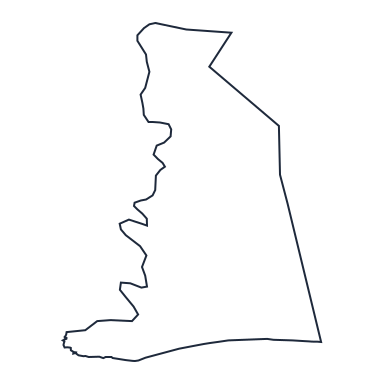 outline of La Paz, Colonia, Uruguay
{"feature_id": "84410073B4757199260074", "entity_name": "La Paz", "entity_type": "district", "adm_level": 2, "iso_a3": "URY", "parent_name": "Uruguay", "parent_adm1": "Colonia", "projection": "natural_earth1", "projection_center": [-57.32, -34.388], "detail": "fine", "context": "isolated", "style": "outline", "palette": "slate", "viewbox_px": 384, "rotation_deg": 0, "n_neighbors": 0, "source": "geoboundaries", "source_scale": "gbopen_adm2", "svg_char_len": 1556}
<svg xmlns="http://www.w3.org/2000/svg" viewBox="0 0 384 384"><path d="M231.4,32.7L186.3,29.5L155.3,23.0L149.4,24.3L144.0,28.1L137.4,35.3L137.4,40.8L146.0,54.5L146.8,61.8L149.4,71.8L145.2,87.9L140.6,94.6L142.4,102.9L143.4,108.6L143.8,114.9L148.5,122.0L152.7,122.0L160.0,122.5L168.6,124.2L171.2,129.4L170.6,136.4L164.1,142.6L156.7,145.6L153.6,154.6L158.0,159.1L162.6,162.9L164.9,166.7L160.4,169.9L155.9,175.6L155.2,190.1L152.6,195.4L146.1,199.5L140.8,200.5L134.6,202.7L134.0,206.0L137.3,209.3L142.4,213.7L146.8,218.7L147.0,225.6L141.9,223.8L128.9,219.6L119.7,223.7L120.9,229.4L125.8,235.2L140.1,246.2L146.4,255.5L142.0,267.0L145.2,275.7L147.0,286.6L141.4,287.6L130.3,283.3L120.9,282.6L119.9,289.8L125.5,296.8L133.6,306.6L138.1,314.5L132.0,321.1L110.6,320.1L97.2,321.1L85.3,330.2L66.6,332.1L66.2,334.5L65.3,336.4L64.7,336.7L64.7,337.5L65.5,337.6L66.5,338.0L66.4,338.8L64.5,339.6L62.9,340.4L64.0,341.1L64.4,341.6L63.9,343.1L63.5,345.0L64.6,347.5L67.4,347.3L70.1,347.6L70.8,347.9L70.8,349.1L70.9,350.3L73.5,351.9L73.3,353.6L74.6,353.2L74.7,352.2L76.1,352.4L75.8,353.3L78.5,355.3L83.4,356.2L85.5,356.0L88.7,357.0L99.3,356.7L102.1,357.7L103.3,358.1L104.2,357.7L105.6,357.0L111.5,357.0L112.6,358.0L125.8,360.1L132.8,360.9L135.0,361.0L138.4,360.5L145.5,357.7L179.1,348.7L193.2,346.0L203.8,344.0L210.1,343.0L218.8,341.8L228.3,340.4L256.6,339.3L267.2,338.9L273.5,339.8L292.6,340.4L302.3,341.0L309.3,341.4L311.7,341.6L315.2,341.7L317.7,341.7L321.1,342.0L287.6,203.7L280.0,174.7L278.9,125.9L209.3,66.7L231.4,32.7Z" fill="none" stroke="#1e293b" stroke-width="2"/></svg>